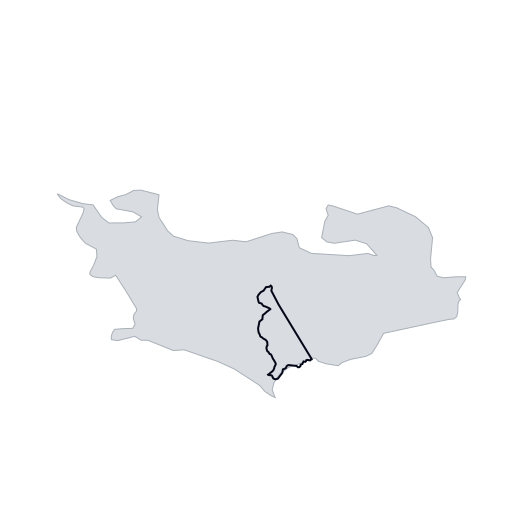 Costa Rica, with Heredia highlighted, rotated 148°
{"feature_id": "CRI-1328", "entity_name": "Heredia", "entity_type": "Province", "adm_level": 1, "iso_a3": "CRI", "parent_name": "Costa Rica", "parent_adm1": "", "projection": "orthographic", "projection_center": [-83.91, 10.368], "detail": "medium", "context": "in_parent", "style": "outline", "palette": "ink", "viewbox_px": 512, "rotation_deg": 148, "n_neighbors": 0, "source": "natural_earth", "source_scale": "10m", "svg_char_len": 3580}
<svg xmlns="http://www.w3.org/2000/svg" viewBox="0 0 512 512"><g transform="rotate(148 256 256)"><path d="M422.8,261.5L422.2,263.3L420.5,265.3L418.0,267.3L414.7,268.7L406.8,264.6L399.0,260.0L394.7,262.2L393.1,268.2L390.3,271.3L386.7,272.5L385.2,274.5L384.9,294.8L385.2,314.0L391.2,314.4L401.0,321.0L405.2,324.9L406.6,328.5L405.4,330.3L398.2,334.5L391.2,339.8L387.7,346.4L393.8,357.0L395.2,364.2L395.0,371.8L393.3,375.4L379.7,384.2L376.7,387.2L377.1,389.4L384.6,395.4L388.2,401.2L391.2,408.2L391.6,414.2L384.8,403.0L375.3,392.3L367.1,385.7L366.4,370.2L363.1,361.9L350.7,354.2L340.1,348.8L332.3,349.9L337.1,358.8L349.5,370.1L350.4,374.5L350.2,380.4L341.6,379.5L334.1,377.1L324.9,376.4L318.8,372.9L305.8,359.3L315.0,347.7L317.8,340.1L317.6,324.3L315.5,316.6L305.5,305.0L289.6,292.2L267.4,281.7L256.9,273.3L230.9,266.8L221.0,262.5L213.3,254.6L212.1,248.9L214.9,240.1L207.7,228.9L176.8,206.9L159.6,198.8L155.9,194.0L153.1,192.5L155.7,207.7L163.3,216.8L183.0,225.4L188.4,230.4L190.6,236.8L179.1,249.1L173.2,252.2L171.5,259.0L167.7,261.0L163.8,257.1L147.8,237.7L116.9,228.2L111.3,222.5L99.9,204.8L94.7,188.6L96.6,177.9L109.4,161.2L113.4,153.9L112.6,149.4L113.1,142.8L108.4,138.1L96.7,132.0L89.2,127.2L91.3,124.8L104.8,118.4L105.7,112.5L105.6,110.6L107.8,110.2L109.8,108.6L111.0,107.0L114.7,101.4L117.9,98.2L121.6,97.8L126.1,100.1L143.0,106.3L161.9,113.1L188.7,122.8L199.8,116.7L209.4,112.0L216.1,112.7L230.5,118.2L239.2,120.0L244.5,119.4L253.7,127.5L258.8,133.5L259.6,137.5L262.4,139.7L269.6,140.2L287.2,144.2L298.0,143.4L307.8,139.1L313.2,133.9L314.8,125.8L317.3,129.8L320.2,136.2L321.5,144.3L334.2,171.5L344.3,186.8L366.6,214.5L376.2,219.6L392.4,241.9L398.1,245.5L401.3,252.1L418.1,257.5L422.8,261.5Z" fill="#d9dde1" stroke="#a8b0b8" stroke-width="1"/><path d="M293.2,145.6L293.5,145.4L295.6,143.0L302.2,140.5L302.7,140.4L303.0,140.6L304.2,140.9L304.5,141.0L304.9,141.3L305.4,141.8L305.8,142.3L306.1,142.8L306.1,143.1L306.2,143.5L305.9,145.5L305.9,146.0L306.0,146.3L306.3,146.7L306.6,147.1L307.0,147.4L307.9,147.9L308.2,148.2L308.5,148.5L308.7,148.9L308.7,149.0L308.2,149.0L307.8,148.9L307.4,149.0L306.4,149.2L303.5,149.5L302.9,149.6L301.8,150.0L300.2,151.0L299.2,152.1L298.8,152.4L297.8,152.9L297.0,153.5L296.6,153.8L296.4,154.0L296.3,154.6L296.1,155.5L296.0,158.6L296.1,159.6L295.5,163.9L295.5,164.5L295.7,165.0L296.1,165.3L296.2,165.5L296.3,165.8L296.4,166.1L296.4,166.4L296.3,167.2L296.3,167.6L296.3,167.9L296.7,168.9L296.8,169.2L296.8,169.7L296.2,171.8L295.3,173.2L294.9,173.6L294.7,173.7L294.5,173.9L294.2,173.9L294.0,174.0L293.7,174.1L293.5,174.3L292.7,175.9L292.5,176.3L292.1,177.0L292.0,177.4L292.0,178.0L292.2,179.5L292.3,179.9L293.7,182.4L294.0,183.5L294.1,184.0L294.4,184.4L294.7,184.8L294.8,185.0L294.9,185.5L294.8,186.2L294.4,187.7L294.4,188.9L294.4,189.2L294.3,189.8L294.0,190.5L292.8,193.1L292.5,193.6L287.8,198.6L284.1,199.0L282.2,201.5L281.6,202.2L281.1,202.3L278.9,202.5L276.9,202.9L272.5,203.3L272.0,203.4L272.1,204.0L272.5,204.8L274.8,208.2L276.1,209.6L276.3,210.4L276.5,212.8L277.3,213.7L277.8,214.2L278.1,214.5L278.2,215.3L277.6,217.3L276.4,220.6L274.4,221.8L271.8,222.6L270.7,222.8L268.2,222.6L267.7,222.7L264.0,224.3L262.9,223.8L260.9,222.8L259.2,223.1L259.0,222.3L259.0,221.7L259.0,221.4L259.1,221.1L259.6,220.3L261.4,218.4L262.6,202.7L263.4,139.3L263.5,138.9L264.3,139.0L265.5,138.8L267.4,140.6L268.5,141.0L269.7,140.2L270.4,140.2L271.6,141.4L274.0,139.8L275.7,140.2L276.9,139.0L278.3,138.8L279.4,139.5L279.8,141.2L285.8,146.0L286.5,146.3L287.4,146.5L288.4,146.3L289.8,145.3L290.5,145.1L293.2,145.6Z" fill="none" stroke="#020617" stroke-width="2"/></g></svg>